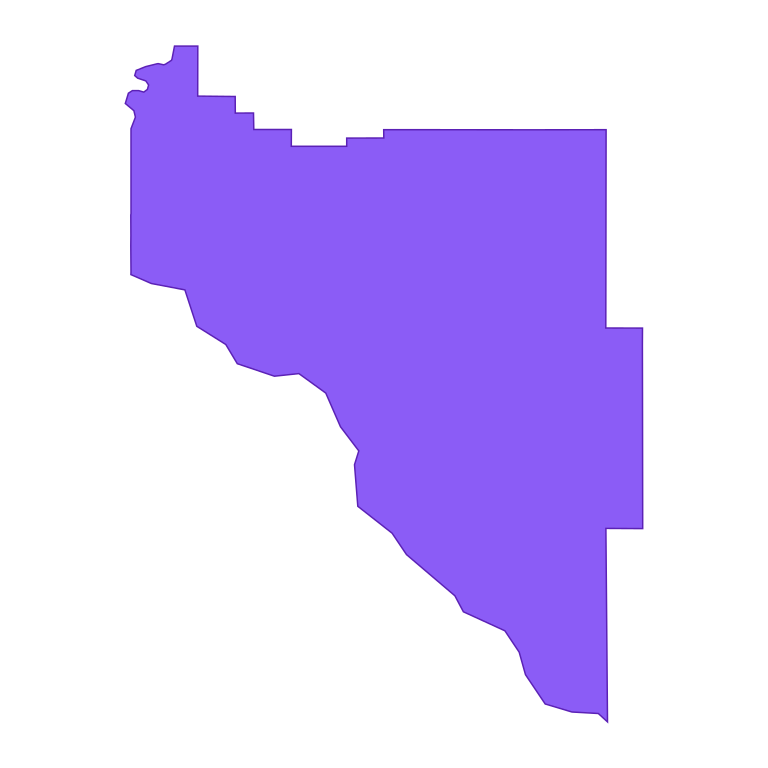 Canyon, Idaho, United States of America (Robinson projection)
{"feature_id": "52423323B68106023304416", "entity_name": "Canyon", "entity_type": "district", "adm_level": 2, "iso_a3": "USA", "parent_name": "United States of America", "parent_adm1": "Idaho", "projection": "robinson", "projection_center": [-116.848, 43.585], "detail": "fine", "context": "isolated", "style": "filled", "palette": "violet", "viewbox_px": 768, "rotation_deg": 0, "n_neighbors": 0, "source": "geoboundaries", "source_scale": "gbopen_adm2", "svg_char_len": 999}
<svg xmlns="http://www.w3.org/2000/svg" viewBox="0 0 768 768"><path d="M130.9,274.6L151.3,283.5L184.9,289.9L196.8,326.3L225.8,344.5L237.3,363.7L274.4,376.2L298.9,373.6L325.8,393.1L340.5,426.8L358.8,450.9L354.5,464.7L357.8,506.3L392.1,533.2L406.5,554.6L454.9,595.8L463.4,611.8L504.9,630.8L519.2,652.2L525.5,674.7L545.2,704.0L571.9,712.0L598.3,713.5L607.5,721.9L605.9,528.4L642.7,528.6L642.5,395.0L642.4,344.9L642.5,328.1L605.8,328.0L606.1,129.7L532.1,129.8L421.1,129.7L383.7,129.7L383.8,138.0L346.7,138.1L346.7,146.3L291.3,146.3L291.4,129.5L253.8,129.5L253.5,113.0L235.3,113.1L235.2,96.5L197.7,96.1L197.8,46.1L174.5,46.1L172.0,59.0L171.5,60.3L165.3,64.3L163.6,64.8L158.1,63.6L156.6,63.9L145.7,66.6L136.2,70.4L134.7,75.6L137.7,78.2L145.8,80.9L148.6,85.0L147.4,89.4L143.8,92.1L138.6,90.6L132.4,90.6L128.4,93.2L125.3,103.5L133.9,110.7L135.4,117.1L135.1,118.0L131.0,128.7L131.0,213.7L130.8,214.9L130.9,235.6L130.8,245.5L131.0,272.1L130.9,274.6Z" fill="#8b5cf6" stroke="#5b21b6" stroke-width="1.5"/></svg>